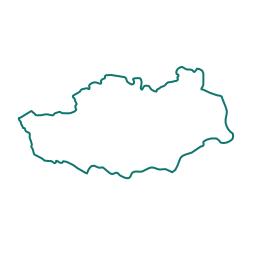 Nan, Mercator projection, rotated 69°
{"feature_id": "THA-393", "entity_name": "Nan", "entity_type": "Province", "adm_level": 1, "iso_a3": "THA", "parent_name": "Thailand", "parent_adm1": "", "projection": "mercator", "projection_center": [100.668, 18.812], "detail": "fine", "context": "isolated", "style": "outline", "palette": "teal", "viewbox_px": 256, "rotation_deg": 69, "n_neighbors": 0, "source": "natural_earth", "source_scale": "10m", "svg_char_len": 4807}
<svg xmlns="http://www.w3.org/2000/svg" viewBox="0 0 256 256"><g transform="rotate(69 128 128)"><path d="M133.0,29.3L133.6,29.4L144.0,29.3L147.3,29.6L149.8,30.6L154.9,33.8L158.2,35.0L161.5,35.3L164.8,34.9L167.6,34.1L169.0,33.3L170.0,32.6L171.2,32.2L173.2,32.8L174.8,33.6L175.7,34.6L176.3,35.8L176.7,37.5L177.0,40.5L176.4,44.0L174.8,46.7L172.1,47.5L169.5,49.2L167.7,53.6L167.1,58.6L167.8,62.3L168.6,62.9L170.5,63.3L171.2,63.8L171.6,64.8L171.6,65.5L171.4,66.1L171.4,66.9L173.8,77.2L173.4,84.5L173.7,87.4L174.5,89.3L175.9,90.8L181.0,95.4L184.1,98.9L185.1,102.6L180.1,107.4L179.3,109.2L178.2,113.2L177.0,115.0L174.2,118.3L173.2,120.5L173.0,122.9L173.7,130.3L173.1,132.4L171.4,136.4L171.0,138.4L171.6,140.6L174.4,143.4L175.0,145.3L174.4,147.2L172.9,149.2L169.6,152.3L168.6,152.9L166.6,153.6L165.8,154.4L165.4,155.6L165.5,158.4L165.1,159.7L163.6,161.2L156.1,165.4L155.6,166.0L155.4,167.2L154.5,169.6L151.1,173.1L150.5,175.6L151.3,177.7L152.9,179.9L155.6,182.5L154.9,183.5L147.5,189.5L143.1,192.3L137.6,197.4L136.1,199.9L135.9,200.2L135.9,200.6L136.1,200.9L136.4,201.1L136.7,201.5L136.8,202.0L136.5,203.1L136.2,203.7L135.6,204.3L133.6,205.8L133.1,206.3L133.0,206.8L133.3,207.1L134.0,207.5L134.3,207.8L134.5,208.2L134.5,209.0L134.3,209.4L134.0,209.7L132.0,211.0L131.5,211.4L131.2,211.9L130.7,213.3L129.3,216.0L128.9,217.0L128.6,217.5L128.2,217.8L127.8,218.0L127.4,218.1L124.8,219.9L120.0,224.2L119.1,224.9L118.6,225.0L116.5,224.9L114.6,224.6L114.1,224.5L111.7,224.9L110.7,224.9L110.3,224.7L109.6,224.1L109.3,223.9L109.0,223.7L108.6,223.6L106.7,223.5L105.9,223.3L105.5,223.3L103.7,223.4L103.3,223.3L101.9,223.3L98.6,221.9L97.6,221.8L97.1,222.1L96.1,223.1L94.5,224.4L94.0,224.6L93.3,224.6L91.8,224.5L91.3,224.6L90.8,225.0L90.4,225.9L87.8,226.0L86.4,226.3L85.9,226.3L84.1,226.0L83.5,226.0L83.0,226.2L82.2,226.5L81.6,226.7L81.1,226.7L80.6,226.7L80.2,226.6L79.6,226.2L79.8,224.7L77.7,213.4L77.6,212.0L77.9,211.8L78.3,211.6L79.1,211.3L79.8,210.9L80.8,210.2L81.2,210.0L82.5,209.7L83.1,209.1L83.7,208.0L84.7,205.3L85.1,203.7L85.5,201.0L85.6,200.3L86.6,198.0L87.0,197.3L88.1,195.8L89.0,194.2L89.2,193.6L89.2,193.0L89.0,192.7L88.3,191.7L88.2,191.1L88.1,190.2L88.3,187.5L88.3,186.5L88.4,186.0L88.6,185.7L89.3,185.2L90.3,184.4L90.5,184.1L90.8,183.6L93.0,178.2L93.4,176.8L93.5,175.7L93.5,174.7L93.5,173.0L93.4,172.1L93.2,171.5L92.7,170.3L92.5,170.0L92.2,169.8L91.7,169.7L89.7,169.7L89.4,169.6L89.2,169.6L88.9,169.4L88.7,169.3L88.5,169.1L88.1,168.5L87.9,168.1L87.7,167.8L87.4,167.6L86.9,167.4L86.4,167.3L85.5,167.4L84.1,167.6L83.6,167.6L82.2,167.4L81.7,167.4L81.3,167.5L80.8,167.6L79.7,168.2L79.4,168.3L78.9,168.2L78.6,168.1L78.3,167.8L78.1,167.5L78.0,167.1L77.0,160.6L76.9,160.1L76.7,159.8L75.6,158.3L75.4,157.5L75.4,156.8L76.0,152.8L76.1,152.3L76.3,151.9L76.5,151.6L77.3,151.1L77.6,150.7L77.7,150.3L77.5,150.0L77.2,149.8L76.8,149.6L76.3,149.4L74.9,149.2L74.5,149.1L74.1,148.6L73.7,147.9L73.3,146.5L73.1,145.4L73.1,144.6L73.2,144.1L73.4,143.1L73.6,142.3L74.0,141.5L74.5,140.8L75.3,140.0L75.6,139.7L76.3,138.8L76.7,137.8L76.7,137.2L76.4,136.9L76.0,136.7L75.0,136.6L74.4,136.3L74.0,135.9L73.4,134.8L73.3,133.9L73.3,132.7L73.3,132.0L73.0,131.6L72.2,131.3L71.6,131.0L71.0,130.3L70.9,129.7L71.0,129.2L71.5,127.9L72.4,124.8L79.3,113.0L79.9,112.5L80.3,112.3L80.7,112.2L81.2,112.1L83.8,112.2L84.6,112.0L85.6,111.5L87.5,110.1L88.2,109.4L88.7,108.9L88.8,108.2L88.8,107.8L88.8,107.3L88.6,106.9L88.4,106.6L88.1,106.3L87.3,105.9L86.8,105.8L85.8,105.7L84.2,105.7L84.0,105.1L84.0,103.9L85.0,100.9L85.6,99.6L86.1,98.8L86.5,98.7L87.0,98.6L88.1,98.6L88.8,98.6L89.6,98.8L90.4,99.0L91.3,99.4L93.4,100.6L94.4,101.4L94.7,101.5L95.2,101.7L95.7,101.8L96.2,101.8L96.9,101.6L97.1,101.2L97.0,100.8L95.2,98.6L95.0,98.3L94.8,97.9L94.7,97.5L94.7,97.1L94.9,96.4L95.2,95.5L96.0,93.9L96.6,93.4L97.1,93.2L97.5,93.2L98.0,93.1L99.2,92.7L99.7,92.6L100.1,92.5L100.8,92.1L101.7,91.4L103.3,89.9L103.9,89.0L104.1,88.4L103.9,88.1L103.5,87.8L103.2,87.6L102.9,87.4L102.6,87.1L102.4,86.2L102.3,84.7L102.2,84.2L102.0,83.8L101.8,83.4L101.7,83.0L101.6,82.6L101.6,82.1L101.7,80.6L101.7,79.6L101.6,79.1L101.5,78.6L101.4,78.2L100.6,76.8L100.1,75.6L99.9,74.8L99.8,74.2L100.8,69.6L101.0,67.5L101.3,66.0L101.3,65.6L101.2,65.1L100.9,64.4L100.6,64.1L100.2,63.9L99.8,63.9L98.9,63.9L98.5,63.7L98.2,63.5L97.6,62.4L97.3,62.1L96.9,62.0L96.5,62.0L96.1,62.1L95.8,62.4L95.6,62.8L95.3,63.1L95.0,63.2L94.5,63.2L93.5,63.0L92.8,62.7L92.2,62.2L91.8,61.9L90.9,60.6L90.4,59.4L90.3,58.9L90.1,57.1L90.2,56.4L90.3,55.9L90.8,55.2L94.0,52.7L94.8,51.3L95.6,49.3L96.1,48.5L96.4,47.8L97.1,47.3L97.8,46.9L98.3,46.8L98.7,46.6L99.2,46.3L99.4,45.8L99.3,45.4L99.1,45.1L98.6,44.1L97.4,42.3L98.7,40.1L101.1,38.2L104.2,38.1L113.7,41.8L115.4,42.7L116.4,43.9L117.3,45.2L118.2,45.5L119.3,43.9L124.6,38.8L129.4,33.1L130.8,30.6L131.2,30.0L132.4,29.3L133.0,29.3Z" fill="none" stroke="#0f766e" stroke-width="2"/></g></svg>